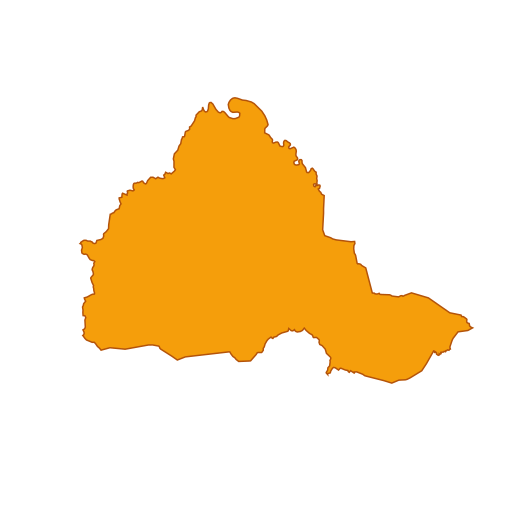 Ia Pa, Gia Lai, Vietnam, rotated 164°
{"feature_id": "81297802B8571934498047", "entity_name": "Ia Pa", "entity_type": "district", "adm_level": 2, "iso_a3": "VNM", "parent_name": "Vietnam", "parent_adm1": "Gia Lai", "projection": "natural_earth1", "projection_center": [108.51, 13.527], "detail": "fine", "context": "isolated", "style": "filled", "palette": "amber", "viewbox_px": 512, "rotation_deg": 164, "n_neighbors": 0, "source": "geoboundaries", "source_scale": "gbopen_adm2", "svg_char_len": 6140}
<svg xmlns="http://www.w3.org/2000/svg" viewBox="0 0 512 512"><g transform="rotate(164 256 256)"><path d="M266.2,413.9L267.3,411.5L268.3,410.5L270.8,410.3L274.8,407.9L275.2,406.4L276.1,405.7L277.8,402.9L282.5,398.8L284.3,398.3L284.9,396.1L286.3,395.4L289.1,395.1L289.7,394.7L291.7,390.7L292.2,390.4L293.4,390.8L293.8,390.7L294.5,389.5L295.5,388.5L297.4,384.7L299.7,382.9L302.0,379.3L306.3,376.7L308.7,372.1L308.7,369.7L310.4,363.9L309.7,361.2L311.0,360.1L314.9,358.3L316.1,359.6L317.9,359.6L319.8,361.4L321.0,359.8L322.4,359.2L322.1,356.3L323.6,356.0L324.5,356.1L327.2,357.4L328.5,358.8L331.1,357.9L333.3,360.1L335.6,360.7L339.4,358.3L341.0,356.3L342.0,355.7L342.5,355.8L343.8,357.3L344.3,359.1L344.9,359.5L348.4,358.8L349.5,359.4L350.9,359.0L352.9,359.5L353.5,359.3L354.3,358.3L355.1,356.2L355.3,354.4L354.8,353.2L355.1,352.8L356.4,352.5L359.0,354.0L361.7,354.0L361.9,353.8L362.0,352.0L362.8,351.3L363.2,350.1L366.9,353.1L367.6,352.5L368.8,349.4L371.5,349.6L371.8,348.6L371.7,345.4L371.4,343.3L373.1,341.9L374.5,339.2L377.7,338.9L379.2,338.1L380.7,336.8L382.3,336.8L383.3,336.3L384.6,336.3L389.0,326.6L390.2,322.9L393.3,320.7L396.2,319.4L396.6,318.8L396.9,317.1L398.3,315.2L400.4,314.6L404.7,314.8L406.2,312.6L407.3,312.4L407.9,312.5L409.1,313.3L409.9,315.0L410.7,315.3L411.0,315.9L413.8,316.8L414.8,317.8L416.1,318.3L417.4,318.5L420.7,317.4L420.9,316.8L421.7,316.4L420.7,315.6L420.3,314.5L420.6,311.9L422.1,309.7L422.5,307.1L422.3,306.4L420.8,305.0L419.2,304.8L417.9,303.7L417.0,299.9L416.4,298.3L414.4,296.7L413.2,296.3L412.5,295.0L413.9,293.8L414.1,292.1L414.9,290.9L416.1,290.0L417.1,288.5L417.3,287.7L417.0,286.1L417.2,283.7L417.5,282.9L420.6,280.8L421.0,280.2L420.9,275.7L420.3,272.4L421.0,271.1L421.0,269.5L421.4,267.3L421.4,264.9L421.7,264.1L422.1,263.9L423.3,264.3L424.8,264.2L429.6,263.1L432.6,263.1L432.7,262.0L432.2,259.5L434.8,257.7L435.7,256.0L436.8,254.8L437.2,251.7L438.0,249.4L438.6,246.6L438.6,246.3L437.2,245.9L436.9,245.5L436.6,243.7L438.1,241.6L439.7,234.6L440.9,233.2L442.7,232.7L442.3,230.3L442.5,229.0L443.5,227.6L444.4,227.4L443.1,223.8L442.1,222.0L437.3,218.2L435.2,217.6L434.3,215.7L433.3,212.7L431.9,210.6L430.9,208.2L421.7,208.1L407.5,202.5L383.8,200.1L379.9,199.0L374.5,196.3L374.0,195.8L373.8,193.8L373.3,192.8L364.6,183.0L360.3,177.7L351.7,178.5L308.4,171.3L307.6,171.0L307.1,168.9L305.9,165.8L304.4,164.0L303.6,162.0L301.7,159.4L291.3,156.9L290.1,156.7L283.1,161.2L281.4,162.7L280.3,162.6L277.4,161.7L276.8,161.9L275.0,163.4L274.5,165.2L273.1,166.4L271.5,169.0L268.7,171.7L267.0,172.8L263.9,173.9L263.0,172.4L262.5,172.1L261.2,173.1L258.4,173.0L256.3,174.1L252.4,174.9L246.2,174.9L245.6,175.3L244.5,177.3L242.7,174.5L241.2,173.9L239.3,174.6L239.2,173.6L238.5,172.5L237.3,171.6L234.2,171.2L231.8,171.7L229.5,173.4L228.3,170.6L226.0,167.0L223.9,164.9L223.5,163.9L223.4,162.1L223.1,161.7L220.4,161.1L219.7,160.3L218.4,158.1L218.4,157.4L219.2,155.6L219.1,153.4L217.1,151.6L215.1,147.4L215.1,143.0L212.5,138.6L212.2,137.7L212.4,136.7L213.7,135.2L213.9,133.8L215.5,130.1L217.7,128.7L218.6,126.5L220.6,124.7L220.7,124.2L219.8,122.4L219.7,123.2L216.8,123.2L215.8,124.9L213.4,127.0L212.2,127.5L210.7,126.8L208.1,123.6L206.1,124.8L205.4,124.8L201.6,121.8L199.2,120.6L199.2,119.5L198.4,118.5L196.7,119.7L193.9,116.4L193.6,116.6L193.5,117.4L191.2,116.9L186.0,112.9L184.5,111.0L183.1,110.1L167.5,101.0L160.5,96.4L152.9,97.3L146.4,95.8L144.7,95.8L141.4,96.4L128.3,100.0L121.9,105.5L111.4,115.8L111.0,115.6L110.9,114.1L110.6,114.1L110.3,114.8L109.8,114.5L109.9,113.7L109.2,113.3L109.5,111.9L108.2,110.3L107.0,110.4L106.8,111.5L106.2,110.9L105.1,111.1L104.8,111.6L105.0,112.2L104.8,112.5L102.3,112.0L101.4,112.5L100.2,111.7L99.9,111.9L99.6,112.7L98.5,112.6L97.8,113.0L96.5,112.2L95.6,113.0L94.8,113.0L94.8,115.0L90.8,120.8L89.4,122.4L82.7,127.4L72.9,126.0L67.6,127.2L69.1,128.5L69.9,129.8L69.7,132.4L71.0,133.2L71.6,134.1L71.4,135.5L70.8,136.7L70.9,137.4L72.7,139.8L73.5,140.6L75.0,141.1L75.2,142.7L85.4,148.0L101.8,168.2L116.7,177.7L123.8,177.2L125.5,176.8L125.9,176.8L126.5,177.6L127.8,177.9L130.2,177.4L136.3,180.0L137.3,181.2L138.3,181.9L146.9,184.7L147.5,185.1L147.9,186.2L149.3,186.0L150.6,186.2L152.1,186.9L152.4,187.6L154.4,188.4L153.8,214.3L157.0,217.7L157.7,219.2L159.3,220.2L160.4,220.4L160.8,221.2L160.1,228.9L160.2,230.2L160.7,231.4L160.1,236.0L159.0,239.1L157.5,240.7L157.2,242.8L160.7,243.5L174.5,249.4L177.6,251.3L179.1,252.9L184.3,256.6L184.7,262.8L179.3,278.4L178.0,282.9L173.8,295.3L175.9,297.3L176.2,299.3L177.2,300.9L177.7,303.1L177.6,303.4L176.3,303.5L175.1,305.5L175.1,306.4L176.0,307.0L177.9,306.9L179.1,307.2L180.0,306.3L180.4,306.4L181.1,307.3L181.0,308.8L180.5,309.2L179.3,309.2L178.3,308.2L177.5,308.4L177.2,310.0L176.5,311.4L176.3,313.8L175.3,316.0L175.6,318.2L175.1,320.0L176.2,321.3L177.2,324.2L177.7,324.9L178.9,324.7L179.9,323.3L181.9,321.9L182.9,321.7L184.0,322.3L184.2,323.2L184.1,327.3L186.0,331.9L186.0,333.0L185.5,335.1L185.9,336.1L187.1,336.5L188.2,336.2L188.8,335.2L188.9,332.5L189.8,332.0L191.9,332.2L193.3,332.9L193.9,333.9L193.9,335.3L193.1,336.6L190.0,337.0L189.2,337.9L189.1,339.0L189.8,340.7L189.9,341.7L189.6,342.9L188.4,345.6L188.2,347.2L188.6,348.9L189.6,350.2L193.7,349.7L194.6,350.3L194.5,351.9L192.3,353.3L192.1,354.5L192.7,355.6L193.6,356.4L195.2,358.6L196.3,359.2L197.5,358.6L198.4,357.0L198.7,354.9L199.5,354.0L200.2,353.8L201.7,354.4L202.7,355.2L203.3,358.7L203.9,359.6L205.4,360.0L208.0,359.7L208.9,360.4L208.9,361.4L208.3,362.4L208.1,363.6L209.3,365.9L210.0,368.3L210.3,368.9L213.7,372.0L212.6,375.5L212.2,376.2L209.0,378.0L208.2,379.0L208.2,383.7L208.9,388.4L210.5,393.6L215.8,403.0L218.0,405.3L222.6,408.2L226.0,409.6L230.2,412.6L232.3,413.7L233.3,414.0L235.1,414.0L237.5,413.0L239.6,411.2L240.9,409.3L241.3,405.7L240.9,403.1L240.1,401.7L238.7,400.5L234.0,399.5L232.6,398.4L232.2,397.7L233.1,395.3L233.7,394.5L234.5,394.1L238.2,393.8L240.4,394.4L243.5,396.5L244.2,397.5L246.3,402.2L247.3,403.8L248.7,404.4L250.0,403.6L251.0,403.5L252.5,404.6L254.1,408.0L255.6,414.0L256.9,416.0L258.1,416.2L258.8,415.9L259.9,414.2L261.3,410.5L262.6,408.7L263.5,408.2L264.9,408.4L265.7,409.6L266.1,411.3L266.2,413.9Z" fill="#f59e0b" stroke="#b45309" stroke-width="1.5"/></g></svg>